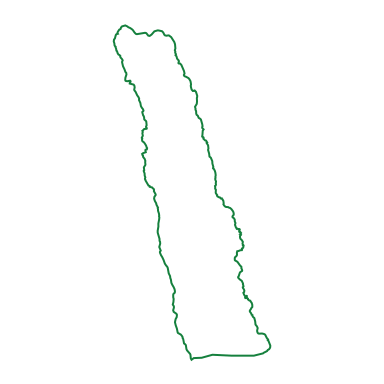 North Maewo, Vanuatu, rotated 359°
{"feature_id": "77236927B797015037992", "entity_name": "North Maewo", "entity_type": "district", "adm_level": 2, "iso_a3": "VUT", "parent_name": "Vanuatu", "parent_adm1": "", "projection": "albers", "projection_center": [168.089, -15.01], "detail": "fine", "context": "isolated", "style": "outline", "palette": "green", "viewbox_px": 384, "rotation_deg": 359, "n_neighbors": 0, "source": "geoboundaries", "source_scale": "gbopen_adm2", "svg_char_len": 6044}
<svg xmlns="http://www.w3.org/2000/svg" viewBox="0 0 384 384"><g transform="rotate(359 192 192)"><path d="M260.2,354.6L260.9,354.0L264.2,352.4L265.0,351.3L266.4,350.5L267.2,349.3L267.5,348.5L267.6,346.9L265.9,342.3L265.1,341.4L265.5,340.8L264.2,339.2L262.8,336.2L262.1,335.5L261.1,335.1L259.5,334.7L256.5,334.8L255.7,334.5L255.2,333.9L254.8,332.8L254.7,331.6L255.3,329.2L254.6,327.5L253.2,325.7L252.9,322.4L252.1,319.1L250.8,317.9L250.4,317.2L250.3,316.1L249.5,315.8L249.1,314.5L247.8,312.6L247.7,311.9L248.0,311.2L248.7,310.3L249.5,308.8L250.2,308.2L250.3,307.8L250.3,305.8L249.7,303.8L248.5,302.2L248.4,301.7L247.3,301.4L246.1,300.4L246.1,299.7L245.5,299.1L243.5,299.0L243.3,298.4L243.8,298.0L245.0,297.7L245.0,296.9L244.8,296.8L244.1,297.2L243.1,296.9L242.3,295.6L241.6,293.7L242.4,292.9L242.6,291.3L242.1,290.1L241.3,288.9L241.1,288.1L241.8,287.4L241.6,286.5L241.7,286.2L241.3,285.2L241.4,284.4L240.2,281.7L238.2,280.2L236.7,278.5L236.6,277.9L237.3,276.8L238.4,273.6L238.8,273.0L240.7,271.8L240.8,271.4L240.6,270.4L240.0,269.0L240.1,268.0L240.0,267.5L238.9,266.5L236.2,262.6L233.8,261.1L233.6,260.7L233.6,258.8L233.9,258.0L235.3,256.8L235.9,255.7L235.8,253.5L236.2,252.0L237.2,251.9L239.3,251.1L240.9,251.0L241.1,250.6L240.9,249.4L242.0,248.8L242.3,248.2L242.5,247.4L242.0,246.4L242.5,246.1L241.7,245.0L241.6,244.4L242.0,242.8L240.9,240.9L239.8,239.9L239.3,238.8L239.2,237.3L239.6,236.1L239.4,235.8L240.0,235.7L239.9,235.3L240.2,235.0L239.8,234.6L239.7,234.1L239.7,233.7L240.1,233.5L239.8,233.1L239.2,233.4L238.9,233.2L238.6,232.5L239.0,232.3L238.6,231.2L239.1,230.5L239.0,230.1L238.8,229.9L237.9,229.8L237.5,230.0L236.8,229.4L236.1,229.6L235.0,227.5L234.9,226.9L234.4,225.6L234.9,223.8L234.3,222.3L234.2,220.2L233.2,218.7L232.2,218.1L232.0,217.5L232.3,216.6L233.3,215.5L233.3,213.9L232.8,212.2L231.2,209.9L229.9,208.7L228.3,208.1L227.8,207.7L225.9,207.6L225.0,207.2L224.0,206.2L223.2,204.9L223.5,203.8L223.2,201.4L222.7,200.7L222.6,200.1L221.9,199.5L221.7,198.9L220.7,199.0L219.8,197.9L219.0,197.8L217.3,196.8L216.9,195.9L217.1,195.5L215.9,193.8L215.7,193.2L215.9,190.1L215.2,189.1L215.3,187.7L215.1,186.4L215.8,185.9L216.1,184.8L215.9,183.8L216.2,181.8L215.7,180.7L215.4,179.3L215.8,178.3L215.6,177.5L216.0,175.6L215.7,173.1L215.3,171.5L214.4,169.5L213.6,168.9L213.4,168.5L213.8,167.4L212.9,164.0L212.8,161.5L211.4,158.0L210.1,156.9L209.8,153.9L208.8,150.2L209.2,148.7L208.9,145.6L207.4,143.1L207.5,142.6L207.9,142.5L207.0,140.9L206.0,140.6L204.3,138.9L204.6,138.1L204.3,137.4L203.3,137.0L203.1,136.5L203.4,135.5L203.8,130.9L204.7,129.6L203.4,128.2L203.3,127.3L203.7,126.4L203.4,124.3L202.2,119.8L201.6,119.0L200.0,118.0L199.1,115.8L198.0,114.9L197.6,113.8L197.5,111.1L196.9,109.8L197.0,108.8L196.5,106.9L198.3,104.0L198.6,101.6L198.5,98.1L198.8,97.2L198.9,95.9L197.7,91.9L196.4,90.5L196.1,90.5L195.7,91.0L194.6,91.0L193.4,89.6L192.8,87.2L192.6,85.7L192.9,84.6L192.8,83.5L192.5,81.6L192.3,80.9L191.3,79.1L190.5,78.1L188.1,76.7L186.8,76.2L186.2,75.7L185.9,74.9L186.6,73.4L186.1,70.9L183.6,64.8L182.4,63.4L181.1,63.3L180.7,62.9L180.8,62.2L181.2,61.1L181.0,60.3L179.4,58.4L178.9,56.1L177.9,54.9L178.4,54.0L177.6,52.4L177.8,51.5L177.3,49.9L177.9,48.2L177.6,43.9L176.9,41.7L173.9,36.8L171.7,35.1L171.1,35.0L169.1,35.3L167.7,34.9L167.1,34.3L166.0,32.0L164.8,30.7L161.4,29.9L160.5,29.8L157.2,30.7L154.3,33.9L152.4,35.2L151.0,34.9L149.1,32.4L147.9,32.0L139.8,33.2L139.0,33.1L138.5,32.8L137.3,31.5L135.8,29.2L134.9,28.3L133.1,27.0L131.1,26.1L130.4,25.4L128.2,24.3L124.9,25.2L123.9,26.3L123.4,27.8L122.1,28.4L120.6,30.6L120.3,31.4L120.3,32.0L120.6,32.5L119.4,32.8L118.9,33.2L118.5,33.9L117.6,37.1L116.7,38.2L116.4,40.1L117.0,42.2L117.1,43.9L117.4,44.6L118.2,45.4L118.1,46.1L118.6,47.3L118.9,49.4L119.5,49.9L120.1,52.0L120.9,53.3L121.9,53.8L122.7,54.7L122.6,55.4L122.9,56.3L124.2,57.7L125.0,59.1L124.3,60.8L125.2,65.0L126.7,68.3L127.5,70.8L128.3,71.7L128.5,73.4L127.4,76.6L127.2,78.8L127.4,79.5L127.9,79.9L129.4,80.1L132.0,79.6L132.4,80.0L132.5,80.7L131.6,81.9L131.6,82.5L135.5,83.6L136.2,84.6L136.5,86.3L136.0,88.7L136.2,89.4L137.3,90.8L138.9,94.4L140.1,96.1L140.8,97.7L140.6,99.1L141.9,102.0L142.4,105.2L143.3,106.9L144.2,108.0L144.9,109.6L144.7,110.3L143.7,111.1L143.7,111.5L144.5,114.6L145.0,115.2L145.4,116.5L145.5,118.4L145.8,118.9L147.3,120.3L147.5,120.8L147.8,124.5L147.2,125.7L147.2,126.4L147.8,127.1L147.9,127.6L147.7,128.0L145.3,128.2L144.2,129.3L143.9,129.9L143.5,130.0L143.8,131.3L143.4,132.3L143.8,134.9L142.7,137.0L143.2,137.7L142.9,139.0L143.2,140.1L143.4,140.5L144.7,141.4L145.6,142.6L146.9,144.8L147.4,146.5L147.9,147.3L147.6,148.6L146.3,148.9L146.1,149.5L146.5,151.4L143.8,152.3L142.8,153.1L143.2,153.7L143.2,154.4L143.6,154.7L143.8,156.2L145.2,158.0L145.9,160.1L145.7,161.2L145.9,163.8L145.8,164.2L144.3,166.5L144.6,169.4L144.1,169.9L144.1,170.3L144.9,172.5L145.0,174.9L145.6,176.5L145.2,177.7L145.2,178.3L145.6,178.9L145.7,179.6L148.6,184.8L149.7,185.2L149.8,186.1L152.3,186.8L152.8,187.6L153.7,188.2L154.1,189.2L153.9,190.5L155.6,193.7L155.6,194.4L154.3,196.2L154.0,198.0L154.7,200.3L156.0,202.7L156.2,204.0L157.7,207.0L157.4,207.4L157.7,208.6L157.7,210.1L158.6,213.1L158.8,215.0L158.6,215.6L158.9,216.7L158.7,218.7L157.8,223.0L157.8,226.0L157.0,230.2L157.0,232.1L158.7,238.3L158.7,240.3L159.2,241.2L159.3,243.1L158.3,246.4L159.7,250.1L158.9,251.2L158.9,252.1L159.9,254.6L161.1,256.6L162.4,259.5L163.6,263.1L164.8,265.0L165.9,266.3L166.4,267.4L167.3,272.9L168.6,275.7L168.8,277.6L169.4,279.3L169.8,282.5L170.7,284.5L171.9,286.6L172.8,288.7L173.1,290.1L173.2,291.3L173.0,292.4L171.8,293.4L171.4,294.5L171.4,297.0L171.8,298.6L171.5,301.7L170.8,304.3L171.6,305.4L171.9,306.3L171.9,307.3L171.1,309.9L171.6,311.5L174.3,313.5L174.8,314.6L174.5,316.9L173.4,318.8L172.7,321.9L173.4,325.0L174.5,328.3L175.2,332.1L175.5,332.7L178.4,334.4L179.8,336.3L180.1,337.1L180.0,337.7L180.6,338.8L180.8,339.8L181.4,343.3L182.6,344.2L183.2,345.1L183.7,349.0L184.3,350.3L187.3,353.9L187.6,354.7L187.9,358.4L188.6,359.7L190.9,358.1L198.8,357.9L209.6,355.1L228.2,356.3L251.1,356.7L260.2,354.6Z" fill="none" stroke="#15803d" stroke-width="2"/></g></svg>